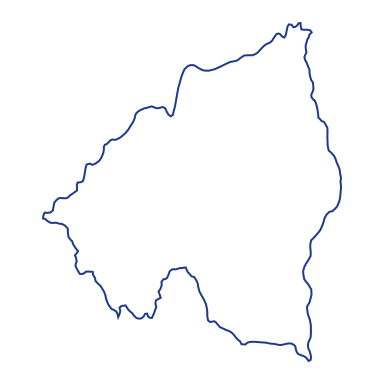 outline of Taiobeiras, Minas Gerais, Brazil
{"feature_id": "56859067B11506596439375", "entity_name": "Taiobeiras", "entity_type": "district", "adm_level": 2, "iso_a3": "BRA", "parent_name": "Brazil", "parent_adm1": "Minas Gerais", "projection": "equal_earth", "projection_center": [-42.062, -15.819], "detail": "fine", "context": "isolated", "style": "outline", "palette": "blue", "viewbox_px": 384, "rotation_deg": 0, "n_neighbors": 0, "source": "geoboundaries", "source_scale": "gbopen_adm2", "svg_char_len": 4958}
<svg xmlns="http://www.w3.org/2000/svg" viewBox="0 0 384 384"><path d="M311.7,32.3L310.2,30.4L308.3,29.9L306.4,29.7L303.8,29.8L301.4,29.4L300.7,26.2L300.5,23.0L298.7,23.2L297.4,25.2L295.4,26.8L293.5,27.3L291.5,24.7L288.9,24.4L287.6,26.4L287.0,28.9L286.5,31.7L285.9,34.8L284.4,37.5L282.2,36.6L280.2,34.2L278.4,33.5L276.3,34.2L275.0,36.3L273.4,38.5L272.2,40.6L269.7,42.8L266.4,44.1L263.5,46.3L260.9,49.0L259.1,51.1L256.8,53.3L254.0,54.7L251.8,55.4L249.8,55.2L247.2,55.3L244.2,55.5L241.9,57.0L239.9,58.4L237.7,60.2L235.4,61.0L233.1,61.4L230.4,61.9L227.8,63.0L225.5,64.1L223.3,65.2L220.7,66.5L218.2,67.6L216.1,68.6L214.1,69.4L211.5,70.0L208.8,70.7L206.3,70.7L204.0,70.5L201.8,69.8L199.8,68.7L197.5,67.5L195.6,66.0L193.2,65.1L190.0,65.2L187.9,66.1L186.2,67.6L184.5,69.2L183.2,72.1L181.6,76.2L180.4,80.2L179.4,84.2L178.4,87.4L177.8,90.5L177.3,93.1L176.8,96.0L176.3,99.0L175.6,102.9L174.9,106.8L173.7,111.1L172.9,114.8L170.7,116.3L168.4,114.6L166.6,111.5L165.3,108.3L162.7,107.0L160.9,107.5L158.9,108.1L155.9,108.1L153.9,107.1L151.5,106.4L149.2,107.1L147.0,107.8L144.7,108.2L142.8,109.0L140.5,110.1L138.5,111.2L136.3,113.2L135.2,115.5L134.7,118.1L133.7,120.8L132.2,123.5L130.3,126.3L128.4,129.5L125.7,132.8L124.0,134.4L122.4,135.8L120.7,137.2L118.8,138.3L116.3,139.6L114.2,139.8L112.2,139.5L110.5,140.3L109.0,141.8L107.2,143.8L104.8,144.8L103.8,147.1L103.9,149.6L103.4,152.5L102.5,155.1L101.3,157.7L99.4,160.6L97.4,162.2L95.0,163.9L92.2,164.8L89.8,163.6L86.6,164.5L85.5,168.4L85.1,171.6L84.6,174.1L83.9,178.0L82.8,181.4L80.5,182.2L77.5,182.6L76.9,185.4L77.0,190.4L72.2,194.0L70.1,195.3L68.0,197.5L65.7,198.3L63.0,198.2L60.6,198.0L58.6,198.3L56.5,200.0L54.3,202.7L53.5,206.8L52.9,210.4L50.4,212.5L47.4,212.9L44.7,212.6L43.4,215.4L43.0,218.4L45.2,219.0L47.7,221.2L50.6,222.8L53.7,222.9L56.0,222.7L59.1,223.6L62.3,224.1L65.3,225.8L67.8,228.7L67.9,232.6L68.4,236.7L70.5,239.7L72.2,241.2L73.1,244.2L74.9,247.1L76.3,249.0L78.1,251.1L76.7,253.1L74.9,255.5L76.1,257.9L76.7,261.4L75.8,263.6L75.5,266.1L77.3,269.7L79.7,273.8L82.1,274.0L84.2,273.2L86.0,271.6L88.9,271.6L92.7,271.8L93.1,274.9L94.9,277.8L95.6,281.1L97.9,283.5L100.5,285.9L101.9,288.1L104.0,291.6L105.4,295.3L106.0,298.8L107.4,302.3L108.5,304.9L110.0,306.7L111.2,308.7L113.6,309.9L116.3,311.5L117.6,314.2L118.2,317.1L119.6,313.9L120.3,310.8L119.5,307.8L121.0,306.3L122.8,305.8L125.6,305.4L127.1,307.8L128.3,309.7L130.8,312.1L132.5,313.4L133.8,315.5L136.4,318.0L139.1,318.7L141.7,318.2L143.7,316.4L145.0,313.9L147.1,313.6L148.0,316.4L149.7,317.7L151.8,318.0L153.2,315.2L154.2,312.8L155.0,310.3L156.3,307.1L155.4,303.4L155.9,300.4L158.4,299.0L160.7,297.8L159.6,294.4L158.6,291.5L160.3,289.0L161.7,285.3L161.5,281.7L163.3,279.4L165.3,279.0L167.0,278.0L168.4,274.9L169.8,271.1L172.6,269.2L175.4,269.4L177.7,268.8L180.0,268.0L181.9,268.2L183.6,267.6L185.8,267.6L186.9,270.4L188.0,272.4L189.7,274.1L191.5,276.3L194.3,277.1L196.3,280.3L197.7,283.5L198.4,287.8L199.5,291.7L201.3,295.0L203.0,297.9L204.5,300.9L206.0,304.4L206.7,307.5L207.1,310.3L207.3,312.8L207.3,316.2L208.0,320.3L210.0,322.0L212.4,321.6L214.2,321.2L216.0,322.5L217.7,324.5L219.6,326.8L221.6,327.9L223.7,328.8L226.3,330.1L228.4,330.7L230.6,331.9L232.4,333.3L234.0,335.0L235.9,337.5L237.9,339.7L240.0,341.3L241.5,344.2L245.3,344.5L247.4,342.7L249.7,342.0L252.0,341.8L254.6,341.8L258.2,342.1L263.5,342.5L266.3,342.7L268.7,343.3L271.2,343.7L273.8,343.9L276.1,344.3L278.0,344.8L281.1,345.0L283.4,344.5L285.4,344.1L287.4,343.6L289.4,343.4L291.5,343.6L293.8,344.8L295.3,346.3L295.9,349.7L297.0,352.5L298.4,354.1L300.8,355.1L303.4,356.0L305.3,357.0L307.1,358.7L308.6,361.0L310.7,359.8L311.0,356.9L310.5,354.4L309.8,351.5L308.3,348.4L307.9,345.0L308.3,342.6L309.4,340.2L310.6,337.5L310.9,333.7L310.9,329.9L310.9,325.7L310.4,322.7L309.8,319.6L308.6,316.3L307.6,312.9L307.3,309.8L306.9,307.0L308.3,304.4L309.6,302.3L310.5,298.6L311.5,294.9L311.3,289.5L309.5,286.5L308.2,284.1L306.1,281.8L304.2,279.1L303.7,276.2L303.2,273.5L303.2,271.0L304.3,267.0L305.9,263.9L307.8,260.9L309.4,258.2L310.5,256.2L310.8,253.1L310.4,248.7L310.2,245.6L310.6,242.8L311.2,240.2L313.1,238.5L315.1,236.3L317.1,234.0L318.8,232.0L320.2,230.2L321.5,227.3L322.8,224.4L323.7,221.4L324.7,217.8L326.7,214.4L329.6,211.7L332.5,211.2L334.9,208.9L337.1,206.5L338.3,203.6L339.2,201.5L339.9,198.8L340.3,196.1L340.5,193.5L340.7,190.5L341.0,188.1L340.9,185.4L340.5,182.0L341.0,177.8L340.1,173.5L339.7,169.9L338.8,167.3L337.9,165.2L336.5,162.0L335.6,159.1L334.2,156.1L331.5,153.0L328.6,150.3L327.7,145.7L327.5,141.1L327.4,138.1L327.4,134.6L327.5,131.5L327.4,127.9L325.5,124.4L323.9,121.9L321.7,121.1L320.1,119.2L318.4,117.6L318.1,114.0L317.5,109.6L316.8,106.5L316.1,103.8L314.9,100.8L313.0,99.2L311.5,97.2L311.3,94.4L312.5,92.1L313.4,89.5L313.3,86.2L312.9,82.4L311.1,79.9L310.3,76.9L309.5,73.1L309.5,69.7L308.1,66.5L306.7,62.9L305.1,59.9L304.4,57.4L305.2,55.0L306.4,52.4L305.8,48.7L305.6,45.8L306.4,42.9L307.3,39.7L308.7,37.3L309.5,34.5L311.7,32.3Z" fill="none" stroke="#1e3a8a" stroke-width="2"/></svg>